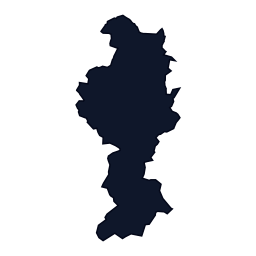 Mangu, Plateau, Nigeria (Mercator projection)
{"feature_id": "59680162B68239008143557", "entity_name": "Mangu", "entity_type": "district", "adm_level": 2, "iso_a3": "NGA", "parent_name": "Nigeria", "parent_adm1": "Plateau", "projection": "mercator", "projection_center": [9.188, 9.38], "detail": "fine", "context": "isolated", "style": "filled", "palette": "ink", "viewbox_px": 256, "rotation_deg": 0, "n_neighbors": 0, "source": "geoboundaries", "source_scale": "gbopen_adm2", "svg_char_len": 2554}
<svg xmlns="http://www.w3.org/2000/svg" viewBox="0 0 256 256"><path d="M122.9,15.4L117.2,17.1L116.4,18.5L114.3,18.1L107.5,21.5L107.2,23.9L105.4,24.7L105.2,25.5L101.0,31.4L101.0,31.5L103.1,33.1L109.0,33.3L111.1,34.3L111.2,35.1L111.5,38.6L110.7,40.8L110.0,43.5L110.3,45.6L117.9,48.3L115.2,53.8L114.0,56.1L113.4,58.4L112.4,59.9L112.4,60.0L110.8,65.3L109.3,66.3L107.3,67.4L102.6,66.3L100.0,67.5L97.9,67.8L96.9,67.0L89.6,70.3L89.1,70.9L86.2,75.7L88.8,78.7L87.9,83.9L79.5,82.6L79.6,85.2L76.8,89.9L76.7,90.4L76.8,90.5L79.2,92.8L80.0,94.4L82.4,97.6L84.1,100.2L83.5,101.0L79.2,100.9L76.1,104.9L77.6,108.3L79.1,110.0L78.5,111.9L79.7,115.6L86.7,118.3L86.8,119.0L87.9,121.1L87.3,122.2L93.5,128.9L96.8,128.2L98.1,132.4L99.7,135.4L103.2,137.3L102.9,143.8L109.9,143.0L115.4,145.5L118.6,147.5L119.9,148.5L120.1,149.9L119.9,150.5L117.6,151.4L112.9,153.0L108.5,156.0L107.8,158.4L108.4,160.6L110.0,164.9L108.6,171.8L108.6,172.0L108.7,173.3L109.2,173.9L103.5,183.3L101.9,186.8L107.4,188.2L109.8,194.7L111.0,196.1L113.5,197.6L114.0,201.4L118.2,205.5L107.1,214.1L105.1,217.4L106.2,219.6L98.5,225.3L96.6,232.8L99.0,237.6L103.1,240.6L114.8,233.2L122.5,238.5L125.5,236.6L131.0,233.8L141.7,235.9L145.3,224.6L149.2,224.2L155.3,215.1L155.3,213.7L156.2,211.8L157.7,211.3L164.2,211.8L167.2,213.7L172.3,208.9L170.9,208.2L162.8,198.5L159.5,190.7L161.0,184.3L161.0,184.2L155.6,179.8L150.9,179.8L149.1,180.4L142.2,178.2L144.0,174.1L145.1,167.4L144.1,162.8L145.2,161.9L145.9,161.8L146.9,161.5L149.8,160.9L152.6,160.3L150.7,157.4L154.7,152.2L153.9,151.2L155.2,146.0L157.3,144.2L158.9,141.6L155.8,137.7L158.6,134.6L160.6,134.2L164.3,131.6L166.8,131.9L173.7,128.5L173.8,128.0L176.1,122.5L178.5,119.6L179.9,117.7L177.8,114.3L176.1,112.9L172.2,111.4L169.7,107.5L171.5,106.3L173.6,101.5L172.8,98.3L174.0,97.7L179.7,88.2L172.9,89.6L170.7,94.7L166.2,94.3L166.0,89.3L166.2,88.9L164.8,85.4L164.7,83.4L164.5,81.9L165.2,80.3L165.3,75.1L171.1,70.9L168.0,68.2L168.3,66.7L169.6,59.7L175.1,60.7L171.5,57.1L164.6,55.1L163.6,54.8L165.9,51.6L165.3,51.3L164.5,50.5L163.9,49.8L163.0,48.9L162.0,48.1L162.0,46.8L162.0,46.4L161.9,45.6L163.0,43.2L164.1,41.3L164.0,40.1L164.2,39.7L164.9,37.1L165.1,36.4L163.8,35.9L163.7,33.5L163.1,31.0L163.0,30.5L162.0,28.7L161.6,29.1L160.8,29.6L159.7,30.8L156.6,34.2L154.4,34.1L144.8,33.6L143.3,33.6L141.1,33.1L139.2,32.1L138.3,30.0L137.2,27.0L136.8,26.9L135.7,25.8L135.4,25.5L134.5,23.8L133.4,23.6L132.5,23.0L131.8,22.3L130.5,20.5L130.3,20.3L129.3,19.4L127.9,18.6L126.3,17.7L125.4,17.1L124.6,16.6L123.8,16.0L122.9,15.4Z" fill="#0f172a" stroke="#020617" stroke-width="1.5"/></svg>